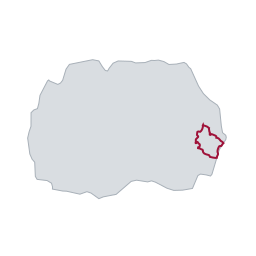 Berovo highlighted on a map of North Macedonia, rotated 13°
{"feature_id": "MKD-3004", "entity_name": "Berovo", "entity_type": "Statistical Region", "adm_level": 1, "iso_a3": "MKD", "parent_name": "North Macedonia", "parent_adm1": "", "projection": "albers", "projection_center": [22.775, 41.662], "detail": "fine", "context": "in_parent", "style": "outline", "palette": "rose", "viewbox_px": 256, "rotation_deg": 13, "n_neighbors": 0, "source": "natural_earth", "source_scale": "10m", "svg_char_len": 2486}
<svg xmlns="http://www.w3.org/2000/svg" viewBox="0 0 256 256"><g transform="rotate(13 128 128)"><path d="M116.4,62.3L120.7,62.9L129.9,60.4L135.6,56.8L138.5,56.3L142.4,55.0L148.0,55.2L153.6,56.9L160.8,54.8L167.8,51.5L170.6,52.4L173.7,55.2L175.7,56.1L187.3,71.3L193.7,77.5L201.3,82.2L209.9,85.6L213.0,88.9L218.5,105.1L221.2,111.3L224.9,113.1L225.8,114.9L225.9,117.2L221.8,128.6L220.2,154.2L219.2,156.2L214.8,156.1L209.0,156.6L206.8,158.6L204.4,172.4L195.1,176.3L186.6,178.5L179.5,177.9L166.9,174.6L162.8,174.2L159.3,176.1L148.1,176.9L143.1,179.3L131.4,195.3L119.5,200.6L115.5,203.4L106.6,199.7L102.3,199.3L96.0,203.3L82.3,203.4L78.6,204.1L68.1,204.5L67.7,202.3L65.9,199.0L61.0,197.4L51.0,198.5L48.6,196.0L44.8,182.3L41.6,180.0L38.2,175.4L32.5,160.4L32.5,153.9L33.1,148.2L30.1,134.9L32.2,131.6L35.4,129.5L35.6,124.2L34.9,116.0L39.0,100.2L40.0,99.0L40.9,99.8L49.8,101.3L52.1,99.4L53.6,96.2L54.4,84.6L56.6,79.2L78.2,69.4L84.5,69.2L89.2,74.0L93.0,77.1L95.3,77.0L96.2,74.0L98.9,68.2L103.3,64.9L116.3,62.3L116.4,62.3Z" fill="#d9dde1" stroke="#a8b0b8" stroke-width="1"/><path d="M224.4,121.3L223.7,122.4L223.2,123.9L223.0,124.4L222.6,124.6L221.4,125.0L221.0,125.3L220.6,126.5L220.4,127.9L220.3,129.4L220.5,130.8L220.7,131.4L221.4,132.5L221.6,133.2L221.6,133.8L221.2,135.5L221.2,137.1L220.5,137.2L219.9,137.5L217.2,137.7L215.2,137.7L214.7,137.7L214.3,137.7L213.6,136.7L212.9,136.2L211.5,136.1L210.3,136.1L209.0,135.9L208.1,135.7L206.9,134.9L206.3,134.1L206.1,133.2L205.5,132.4L204.7,132.3L204.4,132.3L202.4,131.8L201.3,131.9L200.8,131.9L200.7,131.4L200.7,131.0L201.2,130.7L201.7,130.6L201.9,130.1L201.9,129.3L201.9,128.6L201.6,127.9L201.3,127.6L200.4,127.3L199.3,126.2L198.7,126.0L198.4,126.3L198.0,127.3L197.6,127.5L197.4,127.5L197.1,126.8L197.2,125.9L197.2,125.7L196.9,125.0L196.7,124.1L196.8,123.5L197.2,122.9L197.9,121.7L198.3,121.1L198.3,120.6L198.0,120.1L197.4,119.8L196.8,119.3L196.6,118.0L196.5,116.9L196.5,116.2L197.2,115.6L198.0,115.5L199.1,115.5L199.8,114.6L200.3,113.4L200.6,112.2L200.7,110.5L200.6,109.4L200.3,108.9L200.5,108.0L200.8,108.5L201.6,108.5L202.9,108.6L204.5,108.8L205.6,109.2L206.8,109.9L207.0,109.9L207.1,110.7L207.7,112.2L208.2,113.5L208.7,113.8L208.9,114.4L208.9,115.4L209.2,116.1L209.8,116.2L210.0,116.1L210.1,115.5L210.5,115.2L211.6,115.2L214.9,115.8L215.8,116.2L216.2,116.9L216.2,117.6L216.6,117.6L217.2,117.6L218.4,117.7L219.6,118.4L221.1,119.6L222.1,120.0L223.1,120.3L224.0,120.9L224.4,121.3L224.4,121.3Z" fill="none" stroke="#9f1239" stroke-width="2"/></g></svg>